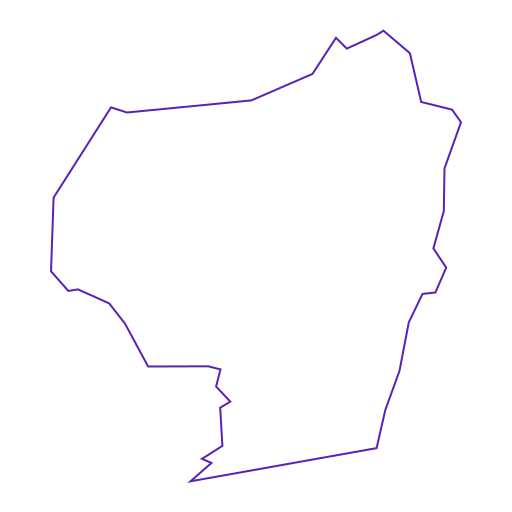 the district of Barbour, West Virginia, United States of America
{"feature_id": "52423323B50280132213265", "entity_name": "Barbour", "entity_type": "district", "adm_level": 2, "iso_a3": "USA", "parent_name": "United States of America", "parent_adm1": "West Virginia", "projection": "orthographic", "projection_center": [-79.996, 39.125], "detail": "fine", "context": "isolated", "style": "outline", "palette": "violet", "viewbox_px": 512, "rotation_deg": 0, "n_neighbors": 0, "source": "geoboundaries", "source_scale": "gbopen_adm2", "svg_char_len": 585}
<svg xmlns="http://www.w3.org/2000/svg" viewBox="0 0 512 512"><path d="M111.0,107.4L53.6,197.6L51.0,271.3L68.3,290.9L78.0,289.4L109.2,303.4L125.0,323.6L148.1,366.5L208.2,366.3L220.5,369.4L216.1,386.5L230.3,401.6L220.2,407.7L222.4,445.9L202.0,458.8L211.4,463.0L190.5,481.3L376.6,448.1L385.2,410.4L399.5,370.8L408.8,322.3L422.5,293.9L435.4,292.5L446.2,267.6L433.4,248.4L443.8,211.1L444.5,168.4L461.0,122.2L452.0,109.6L421.2,102.0L409.9,53.2L383.5,30.7L376.7,34.9L346.8,48.6L336.0,37.8L312.5,73.9L251.3,100.4L127.1,112.5L111.0,107.4Z" fill="none" stroke="#5b21b6" stroke-width="2"/></svg>